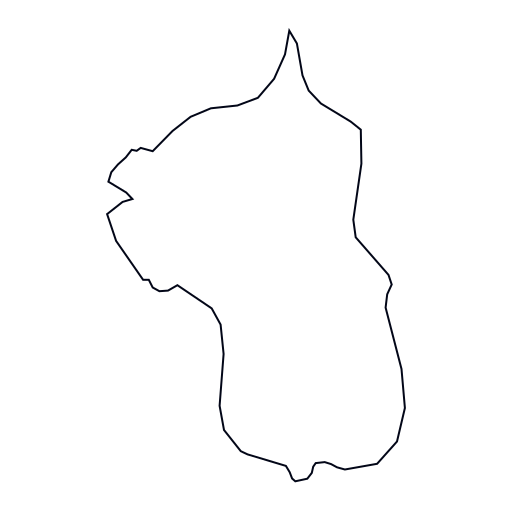 the border of Bataan
{"feature_id": "PHL-2555", "entity_name": "Bataan", "entity_type": "Province", "adm_level": 1, "iso_a3": "PHL", "parent_name": "Philippines", "parent_adm1": "", "projection": "albers", "projection_center": [120.419, 14.681], "detail": "fine", "context": "isolated", "style": "outline", "palette": "ink", "viewbox_px": 512, "rotation_deg": 0, "n_neighbors": 0, "source": "natural_earth", "source_scale": "10m", "svg_char_len": 888}
<svg xmlns="http://www.w3.org/2000/svg" viewBox="0 0 512 512"><path d="M360.8,129.7L361.4,163.7L353.3,219.7L355.7,237.3L388.5,274.9L391.7,284.5L387.2,294.3L385.6,307.6L401.5,369.0L404.9,408.0L397.0,441.5L377.1,463.8L344.9,469.5L337.0,467.3L331.1,464.1L324.7,462.1L315.7,463.1L313.2,466.7L311.8,472.9L307.3,478.7L295.3,481.3L292.1,478.5L289.7,472.2L285.9,465.9L247.6,454.4L240.8,451.2L224.0,430.0L219.6,405.8L223.6,354.0L220.6,324.6L211.7,308.4L177.4,285.2L168.0,290.6L159.4,291.2L152.7,287.5L148.8,279.8L143.1,279.8L116.1,240.9L107.1,214.1L122.6,201.9L132.4,199.0L126.2,192.5L108.4,181.7L111.3,172.2L118.0,164.4L125.8,157.4L131.7,149.8L136.7,150.8L140.7,147.9L152.7,151.2L172.5,131.0L190.6,116.8L210.9,108.3L237.4,105.5L257.9,97.8L274.1,78.8L285.0,54.4L289.3,30.7L296.9,43.5L302.5,75.4L308.7,90.6L320.9,103.5L350.7,121.6L360.8,129.7Z" fill="none" stroke="#020617" stroke-width="2"/></svg>